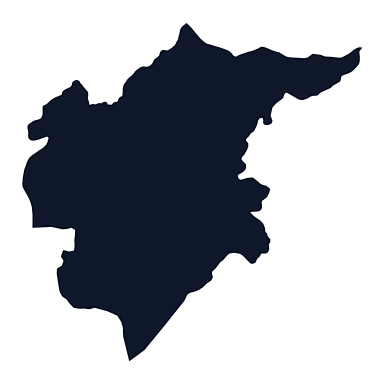 Sherzhong, Geylegphug, Bhutan
{"feature_id": "84629894B44966098423273", "entity_name": "Sherzhong", "entity_type": "district", "adm_level": 2, "iso_a3": "BTN", "parent_name": "Bhutan", "parent_adm1": "Geylegphug", "projection": "mercator", "projection_center": [90.569, 26.924], "detail": "fine", "context": "isolated", "style": "filled", "palette": "ink", "viewbox_px": 384, "rotation_deg": 0, "n_neighbors": 0, "source": "geoboundaries", "source_scale": "gbopen_adm2", "svg_char_len": 5745}
<svg xmlns="http://www.w3.org/2000/svg" viewBox="0 0 384 384"><path d="M129.7,360.0L143.9,349.6L164.0,325.1L183.8,300.3L186.8,294.0L188.3,293.0L190.4,291.9L195.5,290.6L199.2,288.8L202.3,286.8L206.4,282.8L210.6,280.0L212.1,277.4L211.1,273.1L211.6,271.1L215.5,267.4L219.7,261.7L223.0,259.2L225.9,255.7L227.2,254.3L229.6,252.6L234.4,252.0L238.9,252.9L240.1,253.0L243.2,255.0L250.5,262.5L251.4,263.0L252.8,263.0L253.8,262.7L255.0,261.9L255.6,260.6L256.1,259.4L256.7,258.2L258.9,256.3L260.4,253.7L261.3,252.8L265.2,252.8L266.3,252.5L267.5,251.5L268.5,249.1L268.1,244.1L268.4,243.3L269.4,242.3L269.6,241.2L269.6,239.6L267.0,236.6L266.5,234.1L264.6,232.1L264.2,228.0L262.6,224.1L260.3,221.5L253.6,216.8L249.6,212.9L249.8,212.0L250.5,211.4L251.7,211.1L254.3,210.9L256.2,210.9L258.1,210.6L259.4,210.1L260.6,209.1L261.0,208.3L261.3,206.5L261.2,204.9L260.9,202.7L261.3,200.9L261.9,200.0L266.2,196.9L268.5,192.7L268.6,191.3L269.4,189.8L269.1,189.0L267.5,187.6L266.0,186.5L263.0,185.8L260.1,184.5L254.6,179.7L252.3,178.2L247.4,178.7L241.1,180.5L239.8,180.4L238.3,179.2L237.5,177.9L237.0,175.6L237.8,174.0L241.0,172.5L243.0,171.0L244.9,168.9L245.3,167.8L245.2,164.5L241.7,161.1L240.7,159.3L240.9,158.1L241.1,157.2L244.0,153.7L246.3,149.7L247.6,146.3L247.4,143.4L245.6,141.3L245.1,140.2L245.2,139.1L248.4,135.7L250.0,133.1L253.4,130.6L255.5,126.6L256.6,123.9L257.4,120.2L259.1,117.9L260.7,117.1L262.4,117.2L263.6,118.4L264.0,119.8L263.9,122.8L264.8,124.0L267.5,124.4L269.5,123.8L271.1,122.7L271.7,120.8L269.8,115.7L271.8,107.0L275.9,102.6L282.6,97.6L283.4,94.5L285.5,91.8L287.8,92.3L298.8,98.7L301.5,99.3L303.1,99.2L307.7,97.5L310.2,95.9L312.4,95.1L316.2,95.0L317.5,94.5L320.0,92.0L330.3,87.3L331.5,86.1L332.4,85.1L339.4,81.1L339.9,80.0L340.3,78.1L340.6,77.0L340.6,76.0L341.9,75.0L344.9,73.8L347.6,72.9L348.6,72.5L349.6,72.0L350.5,71.5L352.2,70.3L353.2,69.4L356.4,66.0L357.4,64.8L358.4,63.3L358.7,62.3L359.0,60.6L359.1,57.1L358.6,53.0L358.6,51.9L359.0,50.5L361.0,48.2L359.4,48.0L358.3,48.3L357.2,48.7L356.1,49.3L355.1,49.9L354.1,50.6L351.4,52.8L349.5,54.2L348.5,54.8L342.1,58.1L341.0,58.4L339.8,58.4L337.5,58.3L335.1,58.1L332.8,57.7L325.7,57.3L324.5,57.1L322.3,56.3L321.2,55.8L320.1,55.5L316.6,55.1L314.2,54.7L313.0,54.6L311.1,55.9L309.2,57.3L308.2,58.0L307.1,58.4L305.9,58.7L304.7,58.9L303.6,58.9L302.4,58.9L297.7,58.5L292.9,58.3L291.8,58.2L289.4,58.0L287.1,57.6L286.0,57.2L284.9,56.6L283.9,56.1L278.8,53.0L276.5,52.5L274.3,51.8L272.0,51.1L267.7,49.2L265.5,48.3L264.3,47.9L263.2,47.6L262.0,47.5L260.9,47.7L258.8,49.0L256.7,49.9L254.5,50.8L253.4,51.3L252.2,51.6L248.8,52.5L245.4,53.6L242.1,54.7L238.8,56.0L237.7,56.5L236.7,57.2L235.6,57.5L234.5,57.0L233.4,56.5L232.5,55.7L231.1,53.8L230.2,53.0L229.3,52.2L228.4,51.5L227.3,51.0L225.1,50.1L219.6,48.1L215.0,46.9L210.5,45.4L207.0,44.5L206.0,44.0L205.0,43.4L204.0,42.7L202.2,41.2L200.4,39.6L199.6,38.7L197.3,36.1L194.2,32.4L191.2,28.7L190.4,27.8L187.9,25.3L187.3,24.6L186.4,24.0L185.6,24.5L185.1,25.3L183.4,26.4L182.7,27.1L181.7,28.3L181.0,29.7L180.7,30.6L180.5,31.7L180.3,32.8L179.8,35.2L179.4,36.3L179.1,37.6L178.9,38.9L178.1,40.8L176.6,43.2L176.3,44.3L175.4,45.7L173.4,47.3L172.5,48.2L169.8,50.1L168.6,50.7L167.1,51.2L166.2,51.2L165.0,50.9L163.0,50.7L162.0,51.2L161.0,52.1L160.6,53.0L160.1,54.9L159.6,56.0L158.8,56.9L157.7,57.9L155.7,59.2L155.0,59.9L154.2,61.1L153.7,62.0L153.3,63.3L152.4,64.5L150.9,65.9L148.4,67.2L147.1,67.6L146.2,67.5L145.3,67.5L143.4,67.1L142.5,67.3L141.4,67.7L140.2,68.3L137.1,70.6L135.6,72.0L134.2,74.0L133.1,75.2L132.1,76.1L128.6,79.1L127.7,80.2L127.0,81.6L125.1,84.0L124.1,85.8L123.5,88.6L123.4,93.9L123.0,96.3L122.1,97.0L120.4,97.6L119.2,99.1L118.8,100.6L118.3,101.7L117.0,102.5L116.1,102.7L114.9,102.9L114.0,103.1L112.3,105.0L111.5,105.5L110.0,105.5L109.0,105.2L107.5,105.4L106.5,105.0L106.6,103.5L106.0,102.8L105.2,102.5L103.6,102.8L101.3,104.2L99.7,103.8L97.9,104.1L97.0,104.7L95.9,105.2L93.5,104.8L91.5,105.0L89.9,105.7L88.9,105.8L88.5,104.5L88.4,102.5L87.6,100.5L87.1,98.5L87.1,97.4L87.5,95.1L87.4,93.0L87.1,92.2L86.1,90.9L85.3,90.2L84.3,88.8L83.3,87.8L82.3,86.4L81.7,85.3L80.2,84.2L79.0,81.9L77.6,80.9L76.7,80.6L75.1,81.1L73.1,82.5L72.7,84.3L72.5,85.2L70.9,87.7L68.8,88.5L66.9,89.5L66.1,89.8L64.1,91.1L63.4,91.8L62.8,92.7L62.8,93.9L62.4,94.9L61.4,95.6L60.4,96.2L59.3,96.6L55.9,97.9L53.9,99.0L52.8,99.6L51.9,100.3L51.0,101.0L46.6,105.1L44.4,105.9L43.5,106.6L43.3,107.8L43.4,110.2L43.4,112.6L43.3,113.8L43.2,114.9L42.9,116.1L42.4,117.2L41.9,118.2L41.0,119.1L38.9,120.1L37.8,120.5L36.6,120.7L35.5,121.0L34.3,121.4L33.3,121.9L32.3,122.6L31.3,123.3L30.3,123.9L29.4,124.6L28.6,125.5L28.2,126.6L28.2,128.4L28.7,129.9L29.0,132.2L29.0,133.4L28.9,135.8L29.0,137.0L29.4,138.1L30.2,139.0L31.2,139.6L32.4,139.8L33.5,139.9L34.7,139.7L35.9,139.5L38.2,138.9L40.4,138.1L46.0,136.1L47.1,135.9L48.2,136.2L49.0,137.0L49.3,138.2L49.1,139.3L48.4,141.6L48.0,142.7L47.5,143.8L46.9,144.8L46.2,145.8L44.5,147.5L43.7,148.3L42.7,149.0L41.8,149.7L40.7,150.3L39.7,150.8L36.9,152.9L32.9,155.6L32.0,156.3L31.1,157.1L29.5,158.8L28.4,160.9L27.4,163.1L26.3,166.5L25.9,167.6L25.4,168.7L25.0,169.8L23.9,175.6L23.4,179.1L23.3,181.5L23.1,182.7L23.0,183.9L23.1,185.1L23.3,186.2L23.7,187.3L24.8,189.5L28.3,195.7L29.4,197.8L30.4,199.9L30.8,201.0L31.2,202.1L31.6,203.3L32.5,206.7L32.7,208.0L32.9,210.4L33.1,212.8L33.3,215.1L33.3,219.9L33.2,227.0L45.1,226.5L51.2,226.1L56.5,227.2L62.2,228.5L67.1,228.2L71.7,226.9L75.9,229.6L75.7,235.2L75.1,240.3L75.4,246.4L74.6,251.3L69.2,252.3L63.7,250.9L61.7,256.4L64.4,260.7L62.5,266.2L57.7,269.0L57.5,274.1L59.3,285.8L60.4,291.6L62.8,295.9L67.1,298.9L70.1,303.0L74.0,307.1L79.3,308.0L84.2,307.8L89.4,308.5L94.7,307.0L107.5,310.5L112.8,312.8L118.0,315.2L122.0,321.9L123.7,327.9L123.7,332.2L123.9,335.4L124.0,336.7L129.7,360.0Z" fill="#0f172a" stroke="#020617" stroke-width="1.5"/></svg>